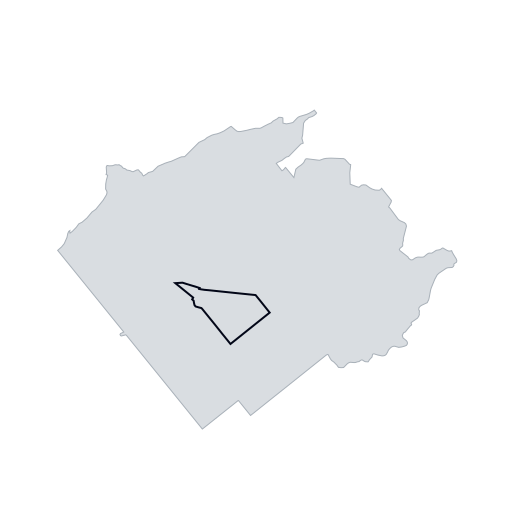 Al Golid, Northern, Sudan shown in context, rotated 231°
{"feature_id": "16777658B20227076213030", "entity_name": "Al Golid", "entity_type": "district", "adm_level": 2, "iso_a3": "SDN", "parent_name": "Sudan", "parent_adm1": "Northern", "projection": "natural_earth1", "projection_center": [29.801, 17.722], "detail": "fine", "context": "in_parent", "style": "outline", "palette": "ink", "viewbox_px": 512, "rotation_deg": 231, "n_neighbors": 0, "source": "geoboundaries", "source_scale": "gbopen_adm2", "svg_char_len": 4337}
<svg xmlns="http://www.w3.org/2000/svg" viewBox="0 0 512 512"><g transform="rotate(231 256 256)"><path d="M332.7,393.1L329.0,393.1L328.7,392.1L328.7,389.3L329.1,387.3L330.4,384.0L330.1,382.2L330.3,379.6L329.3,376.6L320.5,368.2L318.7,365.8L314.0,363.7L314.8,361.3L312.8,344.0L313.8,342.0L314.0,339.0L314.0,336.3L315.1,331.9L315.2,330.0L305.9,329.8L305.7,331.8L306.2,333.9L306.2,334.7L293.1,334.8L298.4,341.6L298.6,344.6L298.3,348.3L298.4,350.7L298.7,352.2L300.1,355.3L300.0,355.8L299.7,356.6L290.4,365.6L288.9,369.8L287.7,372.0L285.0,375.7L276.5,385.4L275.1,386.0L268.7,386.4L268.1,386.6L267.5,387.1L267.3,387.0L261.7,381.3L252.5,374.4L246.3,378.0L244.6,379.3L244.6,382.6L243.7,384.3L242.0,386.1L237.5,387.3L235.1,388.3L232.3,390.1L229.5,393.2L229.3,394.8L229.6,396.2L214.0,396.2L212.9,395.0L210.7,389.9L209.1,390.2L194.8,389.6L192.7,390.2L188.6,392.3L186.6,392.6L184.5,391.7L177.0,381.6L175.4,380.4L173.7,378.0L172.1,376.9L171.5,376.2L171.4,375.1L171.4,372.9L170.9,371.5L169.7,371.2L159.6,373.5L158.2,373.2L156.0,373.7L155.3,374.1L154.5,375.4L154.3,378.2L154.0,379.5L153.3,381.1L150.4,384.5L149.7,386.0L149.8,389.7L149.6,391.6L149.2,392.5L147.9,394.0L147.5,394.8L147.0,399.6L145.4,402.5L145.0,403.6L144.9,405.7L144.6,406.3L140.1,408.0L138.4,409.0L137.3,410.7L137.0,411.4L135.1,410.8L132.6,410.4L127.8,409.8L125.9,409.1L125.0,407.9L125.3,405.0L124.9,404.4L124.1,403.9L123.6,402.6L123.7,401.1L126.2,397.7L126.8,395.9L127.5,387.4L127.3,384.9L125.3,380.1L120.8,371.9L119.7,370.3L114.0,363.6L113.3,362.6L112.0,359.7L113.5,353.5L113.6,351.8L113.2,350.0L111.8,348.6L110.5,348.5L108.8,346.8L107.7,346.1L106.8,344.6L106.1,342.5L106.6,335.2L106.3,334.2L104.9,333.9L104.5,333.4L104.6,332.0L103.8,327.8L103.0,324.3L103.5,322.4L102.3,319.8L99.9,318.7L95.4,319.6L93.9,319.4L93.0,318.9L92.3,318.0L91.9,316.8L92.3,315.1L93.6,312.0L95.2,309.4L98.5,307.1L99.4,305.9L99.9,304.5L100.0,302.9L99.8,301.2L99.5,299.7L98.5,297.7L97.6,295.3L97.6,293.7L98.1,292.5L99.0,291.1L102.3,288.4L105.6,286.2L106.2,285.4L106.0,284.4L104.5,282.6L104.0,279.0L103.2,276.5L104.9,274.6L106.1,273.9L108.1,273.3L108.9,272.5L109.1,271.0L109.1,269.6L109.8,268.5L110.7,266.2L111.5,265.1L114.1,262.4L114.7,260.7L114.8,259.0L114.2,253.9L115.7,251.8L117.6,250.0L120.3,250.2L124.5,249.8L127.3,249.0L129.4,249.1L134.0,250.0L134.5,249.6L134.8,248.2L135.5,151.4L154.7,151.4L154.9,151.2L155.3,105.4L275.7,105.4L276.7,105.2L278.6,101.0L279.4,100.6L280.6,100.9L281.0,101.9L280.1,105.4L385.2,105.4L385.4,110.6L386.3,114.8L389.4,120.8L392.0,124.0L392.9,125.8L393.0,126.6L392.9,127.4L392.1,126.5L390.8,125.9L390.7,128.7L391.4,134.5L392.5,138.5L391.7,142.2L391.9,148.5L393.4,156.1L393.1,160.9L395.5,172.2L397.7,178.4L398.9,180.0L400.2,180.8L402.7,181.3L406.5,184.5L409.5,187.9L410.6,189.6L412.1,191.5L413.0,191.2L413.6,190.7L414.6,192.2L419.4,195.6L420.1,197.2L418.4,198.7L416.5,201.3L415.6,203.8L415.1,204.5L413.5,206.1L413.3,206.8L412.6,207.3L411.9,207.3L410.3,208.1L408.8,207.9L407.4,208.3L406.8,208.9L405.7,209.4L404.1,209.7L401.7,211.8L399.6,212.8L398.8,213.6L397.8,217.7L397.0,218.8L393.8,218.9L392.3,219.3L390.1,218.8L389.1,218.9L388.9,219.8L388.5,223.3L388.6,224.8L386.8,228.9L387.4,236.4L385.8,242.0L385.5,243.3L383.8,247.8L383.0,249.5L380.8,257.8L380.0,260.4L378.1,263.1L380.2,283.2L378.7,289.4L378.8,292.7L377.7,297.7L376.8,300.0L375.4,302.7L374.3,305.8L373.3,309.9L372.6,317.6L372.3,318.3L366.7,319.3L364.9,319.8L363.7,320.7L362.3,322.6L359.4,328.1L357.9,331.4L355.6,335.9L352.9,339.2L352.3,340.7L351.8,343.6L350.8,348.3L349.9,351.5L350.1,354.2L349.3,358.8L349.4,361.0L348.4,362.2L347.1,363.4L346.3,363.7L342.3,360.6L339.6,362.7L337.9,365.7L336.5,368.7L337.3,375.0L337.3,376.4L336.9,377.9L334.3,384.2L333.5,387.0L332.7,391.9L332.7,393.1Z" fill="#d9dde1" stroke="#a8b0b8" stroke-width="1"/><path d="M277.7,184.6L281.5,182.1L281.7,181.8L282.0,181.4L284.2,178.3L285.5,176.5L285.7,176.2L263.2,181.0L262.9,180.4L262.8,179.9L262.7,179.8L262.7,179.7L262.5,179.4L262.4,179.1L260.5,179.4L258.6,178.3L256.5,177.3L254.8,177.3L252.3,179.0L249.9,180.8L248.9,180.9L246.1,180.9L243.0,180.9L237.1,180.9L228.1,180.9L216.8,180.8L204.5,180.8L203.8,180.8L203.7,180.8L203.4,231.0L218.2,231.1L225.8,231.1L226.0,231.0L240.7,216.2L246.4,210.5L258.8,198.1L262.1,194.7L264.6,192.4L265.9,191.3L266.0,191.6L266.5,191.4L266.7,192.0L269.0,190.5L277.7,184.6Z" fill="none" stroke="#020617" stroke-width="2"/></g></svg>